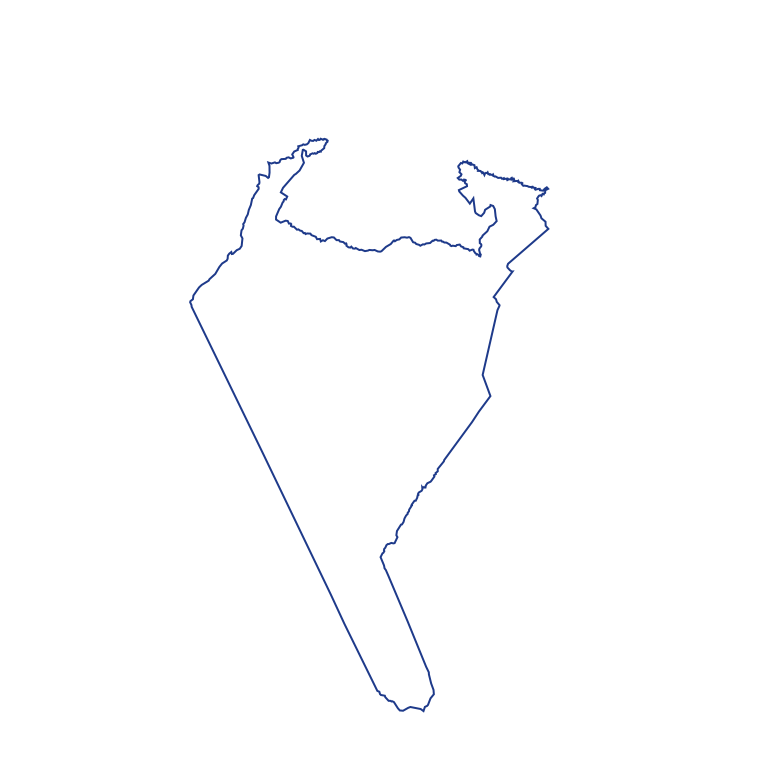 Maicao, La Guajira, Colombia (Albers equal-area conic projection), rotated 126°
{"feature_id": "7082276B98586800286799", "entity_name": "Maicao", "entity_type": "district", "adm_level": 2, "iso_a3": "COL", "parent_name": "Colombia", "parent_adm1": "La Guajira", "projection": "albers", "projection_center": [-72.426, 11.405], "detail": "fine", "context": "isolated", "style": "outline", "palette": "blue", "viewbox_px": 768, "rotation_deg": 126, "n_neighbors": 0, "source": "geoboundaries", "source_scale": "gbopen_adm2", "svg_char_len": 6166}
<svg xmlns="http://www.w3.org/2000/svg" viewBox="0 0 768 768"><g transform="rotate(126 384 384)"><path d="M272.8,607.7L274.8,604.9L280.3,600.8L284.4,598.6L285.4,598.9L285.2,602.0L287.6,607.8L288.7,608.2L293.9,603.4L295.2,602.7L297.6,603.1L298.5,602.9L298.5,601.1L299.8,600.1L307.5,600.0L310.5,599.2L311.5,599.6L317.5,596.9L322.6,595.7L326.9,593.9L330.7,593.4L335.1,591.9L337.4,591.9L338.4,590.7L341.3,589.5L343.4,589.6L347.9,587.2L349.4,584.1L356.0,580.3L359.4,580.2L362.3,581.8L367.5,582.7L368.3,583.5L367.0,585.1L369.5,585.8L371.9,585.8L374.6,584.1L376.5,583.8L381.7,585.8L386.0,586.0L394.1,585.2L401.7,586.8L403.5,586.6L410.9,589.7L414.6,590.4L424.4,590.2L427.8,588.4L430.7,589.3L431.8,588.9L433.3,586.2L434.6,585.0L511.7,440.4L585.7,303.1L601.4,274.9L636.2,209.0L635.7,206.9L637.2,205.0L637.4,203.7L635.7,200.1L636.6,198.9L637.6,194.1L636.4,192.3L636.5,191.4L635.8,190.8L635.5,189.0L638.2,182.1L638.8,179.3L637.1,176.5L631.8,174.1L629.8,172.8L625.4,163.3L625.4,159.8L621.2,161.1L619.0,159.9L617.7,159.8L611.0,161.6L605.7,161.3L602.4,164.1L598.5,169.9L592.5,177.0L590.9,178.3L588.0,183.7L562.2,225.3L536.5,267.9L533.4,273.2L532.8,275.2L530.8,277.3L526.1,285.0L521.9,285.7L520.9,285.3L519.0,285.5L518.6,286.3L517.2,286.9L515.7,286.7L513.0,287.3L511.3,286.9L510.6,286.0L508.3,284.7L507.4,282.7L506.5,281.9L500.0,283.1L499.1,285.1L495.3,287.1L487.8,287.6L487.0,286.9L484.1,287.1L480.7,288.4L477.4,288.8L475.1,288.5L474.4,289.1L472.3,289.0L470.8,289.8L466.8,290.0L466.2,290.5L465.6,290.1L464.9,290.7L460.5,290.7L459.8,289.7L456.4,290.3L454.9,291.1L453.5,290.9L453.2,291.8L451.4,292.1L448.3,290.8L446.7,291.0L445.0,292.4L445.2,291.7L444.1,291.2L444.3,290.8L443.4,289.6L441.5,290.5L438.8,290.6L435.7,288.9L434.5,288.8L429.3,288.8L428.5,289.9L426.4,289.1L425.7,289.9L423.1,289.2L421.1,290.6L411.4,290.1L410.1,290.6L362.9,290.4L350.5,291.0L331.2,290.8L318.7,309.5L257.6,335.6L252.7,336.6L252.3,336.9L251.3,341.0L249.6,343.2L249.2,346.4L217.4,346.1L217.9,346.7L217.9,349.0L217.2,352.6L216.2,353.6L213.8,354.3L161.9,342.2L161.0,346.2L157.8,348.7L157.4,354.0L155.7,356.4L153.2,363.4L153.8,366.2L152.0,365.4L150.0,366.2L148.2,365.7L144.7,367.7L143.9,369.2L141.5,369.3L140.4,369.2L139.2,368.2L139.3,367.1L137.0,367.5L136.7,366.2L135.5,366.5L134.7,366.0L132.5,367.4L129.6,365.9L129.2,367.9L131.7,368.8L134.0,368.8L135.6,371.8L134.6,372.7L135.5,373.9L137.8,375.7L137.6,376.5L136.4,376.8L137.3,378.5L137.0,379.7L137.4,380.1L138.3,379.9L138.3,380.9L139.5,383.1L139.5,384.1L141.1,387.2L141.8,387.8L141.4,389.9L140.2,390.1L140.2,390.9L141.6,392.8L140.8,394.6L141.6,394.5L141.4,395.6L143.7,398.2L142.6,398.3L141.5,399.7L141.8,400.2L143.1,400.4L142.1,401.8L142.8,402.1L144.0,401.6L144.9,403.3L146.6,404.1L146.3,404.7L145.2,404.5L145.1,404.8L147.8,407.5L147.1,408.1L148.6,409.1L148.3,410.6L150.2,412.8L150.5,415.8L151.1,416.3L151.3,417.5L150.4,418.9L151.4,419.0L151.3,419.7L152.5,421.4L152.0,421.8L152.9,423.0L151.9,424.5L152.8,424.5L153.2,425.6L154.2,426.0L155.9,425.6L154.7,427.7L155.6,428.4L154.9,429.0L155.4,429.4L154.9,431.1L156.1,432.9L155.6,432.9L155.6,434.4L154.2,436.5L155.9,437.4L153.8,439.5L154.4,441.4L155.7,442.6L155.9,444.0L154.9,442.7L154.3,442.9L154.0,443.6L155.7,446.2L155.4,446.6L155.7,447.2L155.0,447.7L157.0,448.6L156.9,449.2L157.7,449.9L157.6,450.6L159.5,450.3L160.0,451.7L164.2,451.9L165.1,450.9L165.9,448.4L168.3,447.5L168.8,444.6L170.4,444.2L174.0,445.4L174.4,443.2L173.1,441.6L173.2,439.5L172.6,439.1L171.6,439.4L170.9,437.9L171.2,437.5L172.8,437.9L173.9,436.3L173.7,434.4L175.2,433.1L183.1,437.4L184.0,436.3L185.2,430.8L185.5,427.6L187.6,420.6L181.3,420.8L190.9,411.8L191.8,410.3L191.7,406.3L191.0,404.0L186.6,403.6L183.6,404.6L178.0,402.4L176.6,403.0L175.8,400.3L177.4,397.1L182.8,392.2L186.0,388.6L191.0,389.2L194.7,391.1L199.7,390.2L206.0,391.5L206.9,391.1L210.8,391.5L213.7,389.3L213.8,387.7L214.3,386.9L215.5,386.3L218.3,386.4L219.7,385.8L222.0,383.0L222.4,381.8L224.2,381.1L224.6,382.2L224.0,382.9L224.1,384.7L224.8,385.2L224.4,385.6L224.5,386.9L223.6,389.5L222.8,390.5L223.3,391.5L225.8,393.1L225.4,395.1L227.4,399.3L226.7,400.2L227.4,402.5L226.7,404.7L228.8,406.8L230.3,407.0L231.7,409.7L232.8,410.5L233.0,411.6L232.5,412.5L232.9,416.6L234.1,418.4L234.1,419.8L234.7,420.7L234.3,422.0L236.4,424.8L236.5,426.5L237.7,427.8L239.0,428.0L239.5,428.9L242.9,429.6L245.5,432.5L247.4,433.3L248.1,434.6L250.8,435.9L250.8,437.5L251.8,440.2L251.4,441.8L252.2,443.8L250.2,448.5L250.5,450.1L252.1,451.4L253.1,453.5L255.4,456.2L258.0,456.6L259.9,458.3L262.1,459.1L261.9,460.1L262.3,460.5L266.8,460.8L271.9,463.0L278.1,464.1L279.2,464.9L280.4,466.9L281.1,470.4L282.4,471.7L284.2,474.7L285.4,475.3L287.7,477.5L288.6,481.1L290.1,482.7L290.6,486.8L291.6,487.1L292.6,488.7L292.1,491.2L293.4,491.4L294.3,493.1L294.2,495.7L292.9,496.5L292.5,497.3L293.4,498.0L293.1,500.3L294.6,503.4L294.1,505.0L295.5,507.0L294.9,510.7L296.0,512.6L299.6,515.3L303.1,515.8L303.6,517.9L305.8,518.9L304.2,521.0L306.2,523.3L305.0,525.7L306.2,530.2L305.6,531.9L307.4,534.7L308.8,535.6L308.3,536.8L309.2,537.7L308.5,540.5L309.2,541.9L309.2,544.1L310.3,545.1L309.7,549.4L310.6,550.5L310.8,552.2L309.2,553.0L309.0,553.8L310.1,555.2L308.7,557.7L309.7,559.6L314.2,562.4L314.4,568.0L311.9,569.8L304.0,571.6L301.2,571.6L296.7,572.7L295.4,572.5L294.0,573.2L292.7,573.0L292.3,571.8L289.2,572.5L289.6,580.1L284.6,581.0L267.5,579.5L265.9,578.8L260.9,577.8L252.1,578.8L247.8,584.6L242.3,587.3L241.8,586.9L241.6,583.8L244.9,581.3L244.9,579.6L243.7,578.7L242.7,578.3L241.7,578.7L239.4,577.4L239.0,576.2L237.9,575.7L237.8,574.5L236.3,573.7L235.2,574.0L234.4,572.8L233.5,572.7L233.2,571.7L232.2,572.0L228.4,571.0L226.5,572.1L224.4,572.1L223.4,572.6L221.4,572.1L220.3,572.6L220.6,573.4L220.0,574.0L220.6,576.1L221.2,576.2L221.5,576.9L222.3,576.9L222.8,579.4L224.3,579.5L224.9,580.1L224.6,581.4L226.9,581.7L227.4,583.7L229.0,584.2L229.9,585.8L230.1,587.4L233.6,586.8L235.5,587.3L237.1,588.7L237.6,590.2L239.0,590.6L242.1,593.1L243.0,592.0L244.6,591.9L245.3,591.3L248.7,593.3L252.2,593.2L253.7,590.5L254.2,590.4L256.3,592.0L256.7,594.4L258.3,595.8L259.6,595.8L262.4,599.2L264.0,599.5L265.8,598.9L266.9,599.3L268.7,601.0L268.8,602.5L271.8,604.7L272.8,607.7Z" fill="none" stroke="#1e3a8a" stroke-width="2"/></g></svg>